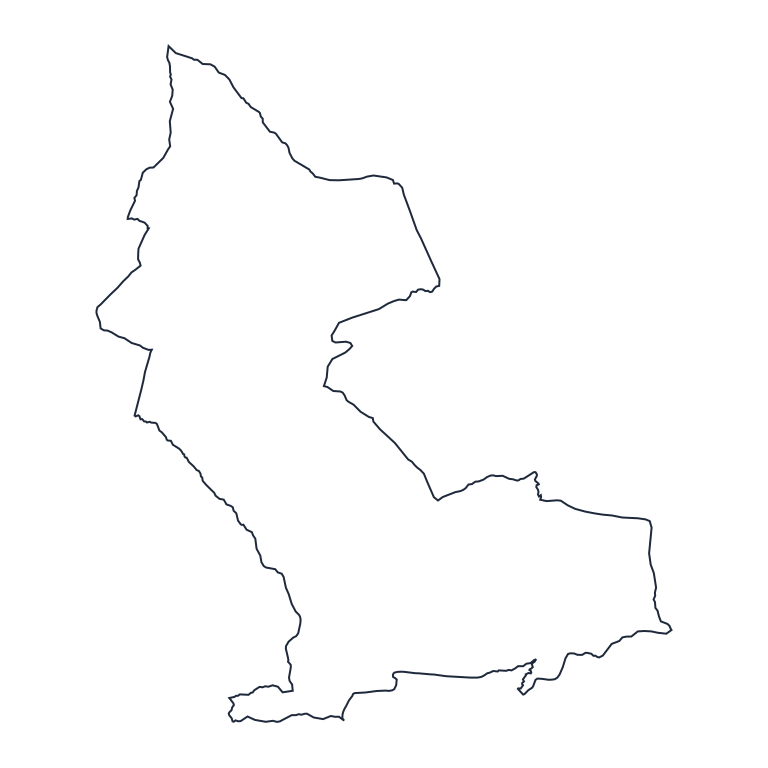 outline of Dimbelenge, Kasaï-Occidental, Democratic Republic of the Congo
{"feature_id": "63176286B75664078742838", "entity_name": "Dimbelenge", "entity_type": "district", "adm_level": 2, "iso_a3": "COD", "parent_name": "Democratic Republic of the Congo", "parent_adm1": "Kasaï-Occidental", "projection": "orthographic", "projection_center": [22.979, -5.024], "detail": "fine", "context": "isolated", "style": "outline", "palette": "slate", "viewbox_px": 768, "rotation_deg": 0, "n_neighbors": 0, "source": "geoboundaries", "source_scale": "gbopen_adm2", "svg_char_len": 6097}
<svg xmlns="http://www.w3.org/2000/svg" viewBox="0 0 768 768"><path d="M229.3,698.0L233.4,703.3L233.9,705.0L232.2,707.4L231.5,710.2L229.3,712.4L228.7,713.7L229.3,715.4L231.6,718.1L232.6,721.4L233.8,721.7L235.5,720.4L238.3,721.3L240.7,721.1L247.5,716.5L254.9,719.9L265.8,721.8L272.9,720.8L277.0,721.9L279.8,721.4L291.8,715.1L296.2,715.1L298.6,714.2L301.6,714.7L304.5,713.8L306.9,713.7L313.8,717.5L323.1,719.1L330.8,716.0L335.1,716.8L338.9,716.7L344.1,720.6L342.3,718.2L342.6,714.1L343.2,711.9L344.4,709.0L345.9,706.5L348.9,700.5L352.3,696.0L353.0,694.1L354.6,693.1L365.4,692.5L376.7,691.0L385.4,690.6L389.0,690.9L392.3,690.3L394.3,689.1L396.2,685.1L396.7,679.5L395.1,678.1L393.1,677.0L392.9,674.8L393.7,673.2L394.6,672.6L397.4,671.9L400.9,671.7L403.9,671.8L415.2,673.2L418.5,673.3L430.8,674.4L433.8,674.5L446.1,676.2L470.3,677.6L477.4,677.6L481.0,677.0L483.8,675.7L487.4,673.2L489.7,672.7L493.2,671.0L497.7,671.5L498.7,670.4L506.4,670.8L508.7,669.9L511.5,670.4L515.2,668.4L518.0,666.2L523.2,666.2L526.4,663.7L530.5,663.1L534.4,659.9L535.2,659.8L536.2,659.1L534.5,661.8L532.4,663.2L531.9,664.5L532.8,667.0L531.2,668.6L529.7,669.3L529.4,670.0L530.6,670.7L531.3,672.3L530.8,673.4L528.5,673.0L525.7,674.4L525.9,675.3L522.9,679.4L524.0,681.5L522.3,682.8L522.1,684.0L523.0,685.3L520.7,688.5L518.2,688.4L517.9,688.9L523.2,694.6L524.6,694.0L528.3,690.2L532.3,687.6L533.3,685.8L535.5,679.9L537.4,678.6L541.6,678.8L548.8,679.8L552.3,679.6L554.9,679.2L557.4,677.6L559.6,674.5L562.8,667.1L565.5,658.3L568.1,653.9L570.4,653.3L574.2,653.5L577.4,654.8L582.1,654.9L585.5,652.8L587.4,652.9L591.4,653.8L593.4,655.8L595.4,655.7L597.5,657.1L599.2,657.4L602.8,655.6L611.7,643.9L619.3,641.0L622.4,637.4L626.4,636.6L631.4,636.5L637.8,631.4L644.4,631.0L651.4,631.4L658.0,632.8L666.3,633.7L671.5,630.0L670.6,628.6L669.5,625.9L667.4,623.9L660.9,621.4L659.0,616.5L657.5,610.6L655.4,607.9L655.0,602.2L653.6,599.4L655.2,595.8L654.9,592.6L656.1,587.6L653.8,573.0L650.7,564.6L649.1,553.4L651.6,527.6L649.7,521.1L645.6,519.4L638.2,518.3L622.2,517.5L612.1,515.5L602.5,514.6L594.7,513.4L585.3,511.6L575.3,508.9L567.9,505.4L560.8,500.7L557.2,500.3L546.6,501.1L540.2,499.7L541.1,497.2L540.8,495.2L539.0,496.5L538.0,494.5L538.5,491.7L537.8,489.4L536.3,487.1L536.6,485.2L538.8,484.4L538.5,483.5L535.4,481.0L534.9,479.5L536.9,475.7L536.8,474.2L535.5,472.2L534.0,472.1L523.8,478.6L520.4,479.0L518.5,480.4L516.7,480.5L513.0,479.3L509.1,478.8L502.7,475.8L496.1,476.1L493.4,475.4L490.7,475.5L487.2,477.0L483.5,479.6L478.8,481.4L475.3,481.7L471.9,484.1L468.5,484.5L465.6,488.2L463.2,489.9L460.4,491.1L455.4,492.1L442.8,497.0L438.0,500.5L433.9,497.2L427.1,481.6L423.9,473.7L420.5,470.1L417.0,467.4L414.5,464.9L412.0,461.8L408.1,459.4L394.9,443.0L379.8,429.1L373.4,421.6L372.8,418.1L368.8,416.9L360.5,411.7L353.6,404.7L348.2,401.6L346.5,400.0L344.7,395.6L342.7,392.6L340.4,391.5L333.3,391.0L327.4,387.0L323.9,386.1L326.7,377.7L327.7,366.7L332.4,359.0L345.4,352.5L349.5,349.0L352.2,346.0L350.4,343.0L346.1,341.7L335.5,342.5L332.3,340.9L331.6,335.5L334.5,330.9L339.0,322.8L352.3,317.6L378.9,309.1L387.9,303.6L393.9,301.1L398.9,299.6L406.2,300.2L409.9,296.2L411.4,292.2L412.6,291.6L416.1,292.0L418.0,289.7L420.7,289.2L423.1,289.6L425.4,291.1L428.1,290.8L429.0,291.6L430.1,292.1L432.1,291.7L434.1,288.7L436.3,286.5L439.2,285.9L439.5,279.1L430.7,260.0L420.9,238.2L416.7,230.1L409.9,210.9L403.8,194.5L402.2,187.7L398.7,183.9L397.4,183.4L394.1,183.6L392.9,180.0L386.5,177.4L373.5,175.5L367.1,176.6L362.1,178.4L358.7,179.0L338.8,180.3L329.6,180.1L319.7,177.6L315.3,176.8L312.7,173.4L310.4,171.5L309.3,169.5L294.5,160.8L292.3,158.3L289.5,152.8L288.5,147.8L287.2,145.3L285.5,143.4L282.1,142.3L275.9,133.7L274.2,132.6L269.9,131.7L262.8,122.4L262.7,118.7L260.8,116.6L259.9,113.0L259.0,112.0L250.7,107.0L248.5,103.8L246.2,102.7L243.4,98.3L241.5,98.1L233.5,87.4L229.4,79.5L224.9,74.9L218.8,72.6L214.6,66.6L210.4,64.3L202.7,64.0L197.4,59.8L193.9,59.7L192.1,58.3L175.8,53.1L168.6,46.1L167.1,57.1L168.1,60.5L169.3,62.6L170.0,66.4L170.1,72.4L170.8,74.5L170.1,76.7L171.5,79.5L170.6,84.4L172.7,89.6L172.2,95.9L169.9,101.8L173.1,108.8L169.8,121.2L170.7,132.6L169.2,139.5L170.2,146.3L168.1,149.3L163.3,157.9L153.5,167.5L149.5,167.7L146.2,169.4L142.8,172.7L140.9,179.8L139.4,181.1L138.5,187.4L136.9,191.0L136.6,195.2L134.4,197.9L135.0,200.8L130.3,210.4L127.8,217.2L127.7,219.0L131.8,218.4L134.2,219.6L137.5,218.9L139.6,221.0L141.6,221.5L144.7,222.7L147.7,226.0L147.6,228.1L148.8,228.3L144.7,234.8L138.5,248.7L138.2,253.9L138.1,259.4L139.8,262.6L140.6,265.6L134.9,270.1L131.5,272.4L128.3,276.4L123.1,281.4L117.5,287.8L110.4,294.5L100.6,304.5L97.5,307.1L96.5,310.6L96.5,313.1L97.3,315.7L99.9,322.0L100.6,328.4L103.8,330.3L107.6,330.6L111.5,332.3L118.5,336.6L124.4,338.2L131.7,343.0L140.0,345.5L143.0,347.8L148.6,349.9L151.8,349.7L150.3,352.8L149.6,356.3L145.0,372.0L143.5,380.1L141.3,389.6L134.6,415.6L135.5,416.4L138.3,415.3L139.4,416.2L140.5,419.3L142.2,419.1L144.1,421.4L146.0,421.6L147.0,422.5L149.7,421.8L151.2,422.6L155.5,422.9L157.0,424.1L159.4,430.5L162.0,432.5L166.0,437.2L166.7,439.6L167.7,440.5L170.9,440.8L172.9,444.8L179.2,448.7L181.2,450.8L183.1,454.0L184.2,454.4L184.4,456.1L185.3,457.5L186.7,457.7L188.9,462.0L193.7,466.4L196.7,470.1L198.9,471.0L200.5,473.6L200.9,476.3L202.2,477.5L202.7,480.8L206.1,484.8L214.3,492.9L215.6,495.7L219.6,498.9L223.7,499.6L225.5,502.6L226.3,504.3L230.7,505.9L232.8,507.3L233.6,510.7L236.3,513.3L238.0,520.5L240.7,524.3L241.9,524.9L243.4,524.7L246.6,529.7L251.9,532.2L253.1,535.4L255.3,538.7L256.6,548.8L260.3,555.6L261.4,562.1L263.7,566.0L266.0,567.5L275.2,569.2L277.8,572.4L281.7,573.7L283.6,576.9L285.9,587.7L288.7,594.1L291.7,603.9L295.6,611.4L299.3,615.2L300.1,616.9L300.6,619.5L300.3,623.6L298.2,633.3L296.2,636.1L293.1,637.7L288.6,641.7L286.1,645.9L285.8,648.5L287.9,657.4L288.4,660.2L288.0,661.7L290.7,664.7L290.8,667.4L289.0,677.6L289.6,680.9L292.1,684.5L292.7,690.8L282.6,692.3L277.9,686.7L272.6,685.3L268.5,686.7L265.0,686.3L262.7,687.3L259.5,686.9L254.2,690.3L252.8,692.4L250.9,692.8L248.5,694.8L239.8,694.4L238.0,695.8L236.0,695.8L234.5,696.9L229.3,698.0Z" fill="none" stroke="#1e293b" stroke-width="2"/></svg>